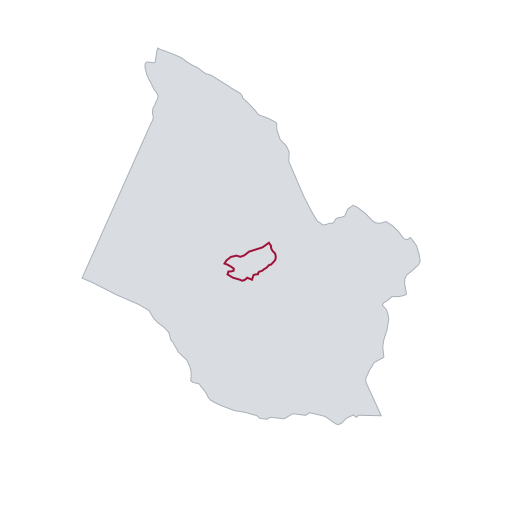 where Nakasongola sits in Uganda, rotated 114°
{"feature_id": "UGA-3090", "entity_name": "Nakasongola", "entity_type": "District", "adm_level": 1, "iso_a3": "UGA", "parent_name": "Uganda", "parent_adm1": "", "projection": "robinson", "projection_center": [32.471, 1.323], "detail": "fine", "context": "in_parent", "style": "outline", "palette": "rose", "viewbox_px": 512, "rotation_deg": 114, "n_neighbors": 0, "source": "natural_earth", "source_scale": "10m", "svg_char_len": 2983}
<svg xmlns="http://www.w3.org/2000/svg" viewBox="0 0 512 512"><g transform="rotate(114 256 256)"><path d="M347.0,405.9L340.9,405.9L331.0,405.9L321.1,405.9L311.2,405.9L301.3,405.9L291.4,405.9L281.5,405.9L271.6,405.9L261.7,405.9L251.8,405.9L241.9,405.9L232.0,405.9L222.1,405.9L212.2,405.9L202.3,405.9L192.4,405.9L182.5,405.9L176.6,405.9L175.4,405.7L174.6,405.5L170.9,406.3L167.0,409.0L162.9,410.2L158.5,409.7L158.0,410.1L155.7,410.0L152.5,409.8L149.6,410.5L147.4,412.9L145.2,417.1L141.1,421.8L137.9,426.1L135.2,429.1L129.1,434.0L125.7,435.4L124.0,435.2L123.0,434.3L121.1,428.0L119.9,427.0L107.8,430.2L106.0,430.3L106.2,428.3L105.3,413.5L105.2,404.4L106.7,398.7L107.6,392.1L107.7,386.3L109.9,376.5L109.1,370.6L112.0,349.9L112.7,346.5L113.8,336.5L115.6,333.4L117.2,332.2L119.2,326.1L123.2,316.3L125.9,311.3L125.3,300.2L125.8,292.7L126.4,291.1L132.2,288.3L139.8,281.3L143.0,273.2L147.5,268.0L156.2,264.6L182.1,236.6L194.1,221.5L199.4,213.8L199.6,211.0L200.6,207.4L198.5,204.5L196.0,201.9L195.1,199.6L193.0,198.4L189.9,198.4L187.8,196.7L185.5,193.3L183.2,191.2L175.8,191.3L170.2,187.9L170.3,183.1L172.5,173.8L176.8,163.2L177.0,160.2L176.4,157.7L175.4,155.6L173.4,153.4L171.6,150.9L173.0,143.2L175.7,135.7L178.0,131.9L180.1,127.7L179.5,124.3L176.3,122.6L178.0,119.2L181.4,113.5L188.0,107.8L193.8,104.0L197.7,103.9L205.2,107.0L212.0,110.6L215.8,110.8L220.3,109.3L229.8,102.9L232.0,104.9L234.8,108.8L237.8,115.2L243.7,118.1L246.5,120.1L248.6,120.7L249.7,120.2L251.9,115.2L254.7,112.4L259.7,109.0L270.8,106.2L278.7,105.4L282.0,104.8L287.6,103.2L296.5,98.0L305.2,104.7L314.7,105.9L323.9,105.9L326.7,103.9L328.3,102.3L337.9,91.4L351.0,76.6L359.7,97.4L362.6,98.7L362.2,100.5L361.5,102.2L367.2,107.3L374.2,109.9L376.7,112.5L376.9,115.3L374.5,127.5L375.0,131.0L377.3,143.2L381.4,145.9L385.1,158.3L392.6,163.5L393.7,165.0L395.4,171.0L397.7,177.5L399.5,179.0L400.6,179.4L402.8,186.3L401.5,190.2L403.2,202.1L406.0,212.7L406.8,225.3L406.8,230.9L406.7,234.3L406.1,239.1L404.8,241.9L402.4,244.6L399.8,248.8L397.5,253.4L396.0,255.6L397.1,262.5L396.8,264.2L396.2,265.1L392.8,266.1L388.5,268.0L385.9,269.8L382.2,273.3L379.2,277.0L375.3,288.0L368.7,296.6L367.6,299.4L361.3,304.6L358.6,310.9L356.9,318.6L354.5,324.2L349.2,331.8L348.0,343.8L348.2,367.8L346.8,395.2L347.0,405.9Z" fill="#d9dde1" stroke="#a8b0b8" stroke-width="1"/><path d="M250.9,236.9L252.8,237.0L254.1,237.5L257.8,238.8L258.7,240.3L262.4,241.6L264.9,243.4L266.2,243.9L267.5,244.9L269.2,246.8L270.3,247.1L271.9,246.8L273.0,248.9L274.4,250.5L279.3,250.0L279.4,255.2L281.1,255.8L282.1,256.5L282.7,256.7L283.1,257.6L283.6,257.8L284.0,258.1L284.2,258.8L284.3,259.6L284.2,260.4L284.3,261.8L285.2,268.1L284.4,274.5L281.4,274.9L280.1,272.3L278.6,270.5L276.6,271.1L275.9,274.5L275.5,278.5L275.7,281.7L272.1,281.2L267.1,278.6L263.6,274.0L263.1,270.0L260.3,267.0L254.8,264.1L245.5,253.6L238.7,249.6L240.7,246.3L242.0,245.8L243.2,244.9L244.8,242.6L245.8,239.9L246.8,238.8L248.8,237.6L250.9,236.9Z" fill="none" stroke="#9f1239" stroke-width="2"/></g></svg>